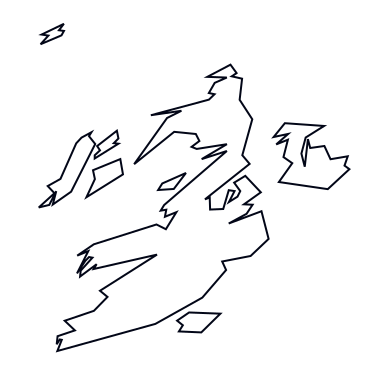 Dønna nor, Nordland, Norway, rotated 2°
{"feature_id": "86288312B44883610080028", "entity_name": "Dønna nor", "entity_type": "district", "adm_level": 2, "iso_a3": "NOR", "parent_name": "Norway", "parent_adm1": "Nordland", "projection": "albers", "projection_center": [12.485, 66.133], "detail": "medium", "context": "isolated", "style": "outline", "palette": "ink", "viewbox_px": 384, "rotation_deg": 2, "n_neighbors": 0, "source": "geoboundaries", "source_scale": "gbopen_adm2", "svg_char_len": 1891}
<svg xmlns="http://www.w3.org/2000/svg" viewBox="0 0 384 384"><g transform="rotate(2 192 192)"><path d="M226.0,63.4L203.3,76.4L222.8,76.4L210.9,82.1L205.4,92.5L211.1,93.5L205.7,99.1L148.2,116.7L178.6,111.2L164.5,118.9L133.2,166.2L172.1,132.5L193.8,133.9L197.6,140.8L190.0,146.9L195.2,148.8L225.2,143.0L200.5,158.8L225.4,149.8L164.6,206.0L161.4,211.7L166.9,210.6L165.8,217.7L177.1,212.7L167.2,230.1L157.6,225.7L95.7,247.7L79.5,259.6L90.4,254.7L79.9,277.4L87.8,264.5L91.4,260.6L94.8,261.1L83.5,274.5L83.1,280.4L99.2,267.5L96.4,272.4L159.2,255.8L103.5,293.9L111.2,299.8L98.1,314.2L69.3,325.1L79.8,334.4L62.7,340.8L62.1,348.9L65.0,344.0L67.0,344.3L63.0,355.6L160.0,325.1L206.0,297.2L228.8,268.8L224.6,260.4L252.8,253.9L270.2,236.2L262.1,208.8L229.8,222.2L247.3,211.9L253.0,202.6L244.4,202.5L260.8,189.9L244.7,174.0L233.8,181.2L240.2,189.4L237.6,195.1L229.3,200.7L234.5,189.6L228.7,188.9L223.8,207.9L210.7,208.9L209.9,196.9L205.2,198.9L248.6,161.9L241.0,153.5L249.7,117.2L236.4,98.2L238.1,77.0L227.7,75.0L232.4,71.6L226.0,63.4ZM282.4,120.0L271.7,134.2L286.1,130.6L274.5,141.5L286.0,136.4L282.2,153.9L291.2,159.7L278.5,179.0L327.6,184.4L348.5,163.7L343.5,160.3L346.4,150.9L329.3,154.4L322.7,141.4L308.6,143.9L306.0,135.1L303.8,162.8L300.0,149.8L303.7,133.6L321.7,121.4L282.4,120.0ZM87.1,139.8L89.4,135.8L79.7,141.5L74.6,147.4L60.1,183.5L47.6,191.1L54.6,198.0L39.4,212.8L49.8,209.9L56.3,195.9L53.3,209.4L71.2,195.9L93.6,147.4L87.1,139.8ZM224.6,312.6L193.3,312.5L181.6,321.1L187.5,325.5L183.8,331.8L206.2,332.0L224.6,312.6ZM119.2,161.6L92.3,173.7L94.5,182.5L86.7,200.9L122.4,176.8L119.2,161.6ZM114.8,133.4L95.6,149.4L98.6,153.6L93.5,158.7L93.6,161.9L116.8,146.3L112.2,145.9L116.6,141.1L114.8,133.4ZM58.1,28.4L36.2,39.9L43.0,40.7L35.5,49.6L56.1,40.0L58.4,35.5L53.4,35.0L58.1,28.4ZM185.3,173.2L162.0,184.5L158.1,191.2L173.7,189.6L185.3,173.2Z" fill="none" stroke="#020617" stroke-width="2"/></g></svg>